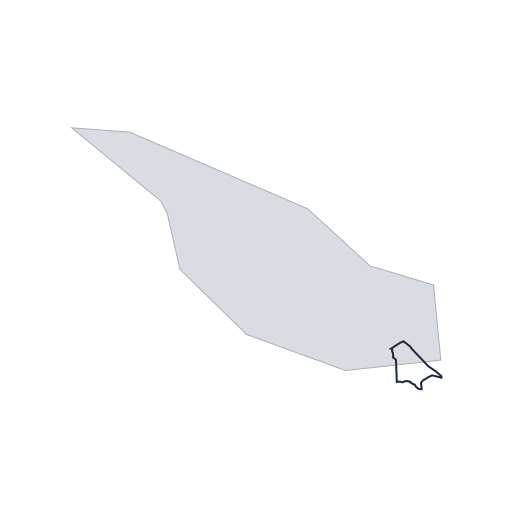 Ngeruluobel, Airai, Palau (highlighted), rotated 284°
{"feature_id": "81905179B90317674654188", "entity_name": "Ngeruluobel", "entity_type": "district", "adm_level": 2, "iso_a3": "PLW", "parent_name": "Palau", "parent_adm1": "Airai", "projection": "albers", "projection_center": [134.513, 7.38], "detail": "fine", "context": "in_parent", "style": "outline", "palette": "slate", "viewbox_px": 512, "rotation_deg": 284, "n_neighbors": 0, "source": "geoboundaries", "source_scale": "gbopen_adm2", "svg_char_len": 2243}
<svg xmlns="http://www.w3.org/2000/svg" viewBox="0 0 512 512"><g transform="rotate(284 256 256)"><path d="M270.8,435.3L199.7,460.5L166.5,370.4L177.6,265.8L224.6,185.5L275.7,159.7L286.2,150.5L335.8,46.2L345.6,103.7L314.3,294.7L274.0,369.0L270.8,435.3Z" fill="#d9dde1" stroke="#a8b0b8" stroke-width="1"/><path d="M167.9,423.1L168.0,423.2L167.9,423.3L168.0,423.5L168.1,423.8L168.2,424.0L168.3,424.2L168.4,424.4L168.5,424.6L168.5,424.8L168.6,425.0L168.7,425.3L168.7,425.5L168.8,425.7L168.8,425.9L168.8,426.1L168.9,426.3L168.8,426.5L168.8,426.8L168.9,427.1L168.9,427.3L168.9,427.5L168.8,427.9L168.8,428.0L168.8,428.3L168.9,428.5L169.1,428.9L169.2,429.0L169.3,429.1L169.4,429.3L169.5,429.6L169.7,429.8L169.9,430.0L170.0,430.2L170.0,430.3L170.2,430.6L170.3,430.8L170.5,430.9L170.7,431.0L170.7,431.3L170.8,431.5L171.0,431.8L171.0,432.1L171.0,432.3L171.0,432.5L171.1,432.9L171.1,433.1L171.3,433.3L171.3,433.5L171.3,433.8L171.2,434.0L171.2,434.3L171.3,434.6L171.3,434.8L171.3,435.0L171.1,435.1L171.0,435.4L171.0,435.6L171.1,435.9L171.3,436.0L171.2,436.3L170.8,436.5L170.7,436.7L170.6,436.8L170.5,437.0L170.4,437.2L170.3,437.4L170.3,437.8L170.2,437.9L170.1,438.4L170.0,438.5L170.0,438.8L169.8,439.0L169.8,439.3L169.7,439.4L169.6,439.8L169.6,440.2L169.7,440.5L169.5,440.9L169.6,441.2L169.5,441.3L169.4,441.4L169.2,441.6L168.8,441.9L168.6,442.1L168.4,442.2L168.3,442.3L168.2,442.5L167.8,443.0L167.7,443.1L167.5,443.4L167.4,443.7L167.3,443.9L167.2,444.1L167.1,444.4L167.1,444.6L167.0,444.8L166.9,444.9L166.7,445.1L166.6,445.4L166.5,445.7L166.4,446.0L166.4,446.3L166.4,446.6L166.4,446.8L166.4,447.0L166.5,447.2L166.6,447.5L166.7,447.9L166.7,448.2L166.7,448.4L166.7,448.7L166.9,449.0L172.6,446.8L175.4,447.9L176.4,448.9L177.9,450.4L180.0,452.4L182.8,455.7L182.8,465.1L183.0,465.0L183.3,465.1L183.5,465.2L183.5,465.3L183.6,465.5L183.8,465.6L183.8,465.8L187.4,458.7L190.7,450.0L191.3,449.0L203.6,429.6L205.2,428.0L206.1,426.1L208.9,419.8L206.6,416.8L198.6,409.3L198.5,410.0L198.0,410.9L197.4,410.9L196.8,411.0L196.1,411.5L195.0,412.3L193.8,412.7L192.4,413.3L192.1,413.4L191.8,413.3L191.1,413.3L190.6,413.6L190.4,414.1L190.2,414.9L189.8,415.5L189.7,416.0L189.4,416.4L188.9,417.0L179.5,419.7L167.9,423.1Z" fill="none" stroke="#1e293b" stroke-width="2"/></g></svg>